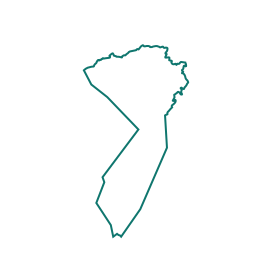 the district of Dolores, Copán, Honduras, rotated 45°
{"feature_id": "27666195B68227571253463", "entity_name": "Dolores", "entity_type": "district", "adm_level": 2, "iso_a3": "HND", "parent_name": "Honduras", "parent_adm1": "Copán", "projection": "robinson", "projection_center": [-88.864, 14.902], "detail": "fine", "context": "isolated", "style": "outline", "palette": "teal", "viewbox_px": 256, "rotation_deg": 45, "n_neighbors": 0, "source": "geoboundaries", "source_scale": "gbopen_adm2", "svg_char_len": 4982}
<svg xmlns="http://www.w3.org/2000/svg" viewBox="0 0 256 256"><g transform="rotate(45 128 128)"><path d="M200.0,209.7L194.1,176.7L169.5,114.4L145.3,92.9L145.4,92.4L145.6,91.9L145.7,91.4L146.0,90.9L146.1,90.7L146.1,90.3L146.0,90.2L145.5,89.8L145.2,89.5L144.9,88.9L144.8,88.5L144.8,88.1L144.8,87.4L144.8,86.7L144.6,84.9L144.6,84.0L144.6,83.0L144.6,82.2L144.0,82.0L143.6,81.7L143.4,81.6L143.3,81.4L143.2,81.1L143.1,80.9L143.2,80.3L143.3,79.2L143.4,78.4L143.3,76.9L143.3,76.6L143.2,76.3L142.9,75.6L142.6,75.3L142.5,75.1L142.3,74.9L142.1,74.8L141.9,74.7L141.7,74.7L141.5,74.8L141.4,75.0L141.5,75.5L141.6,75.8L141.5,76.1L141.4,76.3L141.2,76.5L140.8,76.8L140.5,77.0L140.4,77.0L140.2,76.6L140.1,76.2L139.4,73.9L139.2,73.4L138.7,73.0L138.1,72.6L137.3,71.9L137.2,71.8L137.2,71.7L137.4,71.2L137.5,70.4L137.7,69.0L137.8,68.4L137.7,67.8L137.7,67.5L137.8,67.2L138.0,67.0L138.2,66.8L138.3,66.8L139.0,66.6L139.5,66.6L139.8,66.6L140.1,66.6L141.0,66.9L141.4,66.9L141.7,66.8L142.0,66.7L142.3,66.4L142.4,66.2L142.3,65.9L142.1,65.8L141.8,65.7L141.1,65.4L140.4,65.3L140.2,65.2L139.8,64.5L139.2,63.3L139.0,63.1L138.8,62.9L138.5,62.8L138.2,62.7L137.6,62.8L137.4,62.8L137.2,62.6L137.0,62.4L137.0,62.2L137.2,61.8L137.3,61.7L137.6,61.6L138.1,61.6L139.0,61.4L139.3,61.3L139.7,61.1L139.8,61.0L139.9,60.9L139.9,60.7L139.8,60.4L139.5,59.7L139.4,59.5L139.3,59.0L139.3,58.0L139.2,57.1L139.1,56.5L138.8,55.6L138.5,54.8L138.4,53.5L138.3,53.3L138.2,53.1L137.6,52.8L137.3,52.7L136.7,52.5L136.3,52.4L135.5,52.4L135.0,52.4L134.3,52.3L133.9,52.2L133.4,52.0L132.4,51.4L131.8,51.0L131.0,50.7L130.2,50.4L129.9,50.4L129.4,50.3L128.4,50.4L128.2,50.5L127.6,51.0L127.4,51.0L127.3,50.9L127.3,50.7L127.3,50.0L127.3,49.5L127.3,49.3L127.2,49.2L126.7,49.2L126.2,49.3L125.9,49.3L125.5,49.1L125.3,48.9L125.2,48.7L125.2,48.3L125.3,48.0L125.3,47.7L125.2,47.1L125.0,46.7L124.4,46.0L124.0,45.4L123.8,45.0L123.6,44.6L123.7,44.3L123.8,44.1L123.9,43.9L124.1,43.9L124.6,44.0L124.8,43.9L125.1,43.7L125.2,43.4L125.3,43.2L125.1,42.9L124.0,42.0L123.7,41.8L123.0,41.5L122.8,41.4L122.6,41.2L122.9,40.7L121.2,42.0L119.3,43.4L118.9,43.7L118.7,44.0L118.6,45.1L118.7,45.5L118.8,46.0L118.7,46.5L118.3,47.0L118.1,47.2L117.7,47.4L117.6,47.6L117.6,47.8L117.6,48.2L117.6,48.5L117.6,48.8L117.5,49.1L117.3,49.1L117.2,49.1L117.0,48.8L116.9,48.7L116.7,48.7L116.5,48.8L116.2,49.0L116.0,49.3L115.8,49.6L115.6,50.1L115.4,50.5L115.0,50.8L114.6,51.1L114.3,51.2L114.1,51.3L113.7,51.3L113.2,51.2L112.7,51.1L112.4,51.0L112.2,50.8L112.1,50.6L112.0,50.3L111.9,50.0L111.8,49.8L111.7,49.7L111.2,49.7L110.5,50.2L109.8,50.6L109.3,50.9L109.2,50.9L109.0,50.7L108.5,50.0L107.8,49.3L107.6,49.1L107.4,49.0L107.1,49.1L106.8,49.3L105.8,50.5L105.1,51.4L104.9,51.5L104.6,51.7L104.4,51.6L104.2,51.5L104.1,51.1L103.6,49.7L103.3,48.9L103.1,48.5L102.9,48.4L102.7,48.4L102.6,48.5L102.4,48.9L102.2,48.9L101.8,48.8L101.6,48.6L101.5,48.4L101.4,48.2L101.3,47.9L101.3,47.0L101.2,46.4L101.1,45.9L100.9,45.5L100.7,45.1L100.4,44.7L100.0,44.2L99.6,43.8L99.4,43.7L99.2,43.7L98.9,43.7L98.4,44.0L98.0,44.3L97.7,44.7L97.3,45.4L97.0,45.6L96.8,45.8L96.5,45.9L96.2,45.9L95.7,45.8L95.3,45.8L95.1,46.0L94.9,46.1L94.5,46.8L93.9,48.0L93.7,48.3L93.0,48.5L92.5,48.6L91.1,49.3L90.5,49.6L90.3,49.8L89.9,50.2L89.5,50.7L88.4,52.3L88.1,52.8L87.8,53.5L87.7,53.8L87.2,54.3L86.6,55.0L86.4,55.1L86.0,54.9L85.8,54.9L85.4,55.1L85.0,55.3L84.6,55.5L84.2,55.8L83.4,56.6L82.9,57.3L82.3,58.2L81.9,58.6L81.7,58.8L81.4,58.9L81.1,58.9L80.7,58.8L80.2,58.9L80.0,59.0L79.9,59.3L79.7,59.8L79.6,60.3L79.5,60.9L79.5,61.4L79.9,64.6L79.9,64.9L79.8,65.0L79.7,65.1L79.3,65.3L79.1,65.3L78.9,65.5L78.7,65.9L78.6,66.2L78.6,66.6L78.7,67.1L78.6,67.4L75.9,71.5L75.3,72.4L75.1,73.0L75.0,73.4L74.9,73.7L74.9,74.0L75.0,74.4L75.0,74.8L75.0,75.3L74.7,76.9L74.7,77.3L74.8,78.0L74.7,78.5L74.5,78.8L74.1,79.0L73.8,79.3L73.7,79.7L73.5,80.2L73.3,81.0L73.3,81.5L73.3,81.9L73.4,82.0L73.7,82.2L73.7,82.3L73.7,82.5L72.9,83.0L71.9,83.6L70.6,84.6L70.3,84.9L69.7,85.5L69.4,85.7L69.2,85.8L68.8,85.7L68.6,85.8L67.3,86.6L66.7,86.8L66.3,86.5L65.9,86.3L65.5,86.2L64.9,86.1L64.6,86.0L64.3,86.2L64.2,86.4L64.0,87.1L63.9,88.2L63.8,89.5L63.8,89.9L63.9,90.1L64.0,90.1L64.4,90.1L64.5,90.1L64.8,90.2L65.0,90.4L65.2,90.8L65.3,90.9L65.2,91.1L65.1,91.6L64.8,92.0L63.0,94.3L61.8,96.0L61.6,96.2L61.5,96.3L61.4,96.3L61.2,96.2L61.0,96.3L60.9,96.4L60.9,96.6L61.1,96.9L61.1,97.1L61.0,97.3L60.7,97.5L60.6,97.8L60.6,98.1L60.7,98.4L60.7,98.6L60.7,98.8L60.5,99.2L60.1,99.4L60.0,99.6L59.9,99.9L60.0,100.2L60.0,100.3L59.9,100.5L59.7,100.7L59.6,100.8L59.5,100.7L59.3,100.7L59.1,100.7L59.0,100.8L58.9,100.9L58.8,101.2L58.8,101.5L58.8,101.9L58.9,102.4L59.0,103.1L59.5,104.0L59.5,104.3L59.6,104.6L59.6,105.1L59.5,106.2L59.6,107.0L59.7,107.4L59.8,107.7L60.2,108.4L60.2,108.6L60.2,108.8L60.1,109.0L59.3,109.9L59.0,110.3L58.6,110.9L57.2,113.3L56.8,114.0L56.6,114.8L56.3,115.7L56.1,117.0L56.0,118.4L71.3,123.2L91.5,120.8L136.4,121.7L144.8,180.8L149.6,183.1L158.6,203.4L184.5,208.8L194.4,215.3L195.1,210.6L196.9,210.4L198.4,209.6L200.0,209.7Z" fill="none" stroke="#0f766e" stroke-width="2"/></g></svg>